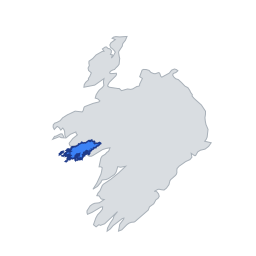 location of Conamara North Lea-4, Galway, Ireland, rotated 332°
{"feature_id": "5873133B12097804140145", "entity_name": "Conamara North Lea-4", "entity_type": "district", "adm_level": 2, "iso_a3": "IRL", "parent_name": "Ireland", "parent_adm1": "Galway", "projection": "natural_earth1", "projection_center": [-9.915, 53.454], "detail": "fine", "context": "in_parent", "style": "filled", "palette": "blue", "viewbox_px": 256, "rotation_deg": 332, "n_neighbors": 0, "source": "geoboundaries", "source_scale": "gbopen_adm2", "svg_char_len": 8596}
<svg xmlns="http://www.w3.org/2000/svg" viewBox="0 0 256 256"><g transform="rotate(332 128 128)"><path d="M161.3,53.1L155.9,56.0L155.1,57.0L153.6,61.4L153.4,62.6L150.1,67.5L148.1,68.5L145.3,69.3L143.6,70.0L141.6,69.6L139.0,69.7L137.7,70.6L137.7,71.2L138.5,72.0L143.4,74.2L143.1,75.2L141.8,76.2L133.1,78.8L130.6,80.4L129.7,81.4L130.6,83.2L137.6,88.4L138.8,89.0L139.8,92.0L145.9,93.3L148.5,95.2L150.6,95.7L155.3,95.5L157.2,96.2L158.3,95.7L158.9,94.7L164.0,91.0L162.4,88.2L167.6,83.5L169.1,83.5L171.6,85.0L173.6,87.0L174.3,89.7L176.3,92.1L177.6,92.9L180.9,93.4L181.7,94.3L181.2,97.9L181.7,99.0L190.3,98.9L193.7,97.4L196.7,97.7L198.2,99.2L198.9,100.9L196.3,101.5L193.6,101.1L192.3,102.2L192.3,104.2L193.2,106.9L195.1,108.8L196.6,113.0L197.9,117.7L199.8,120.5L200.2,124.0L200.0,125.7L200.4,128.8L199.6,129.9L200.2,132.8L203.6,142.2L204.3,149.6L202.8,152.3L200.8,155.0L199.5,158.1L198.5,161.4L198.0,166.8L193.6,173.2L191.7,174.7L189.5,175.7L194.5,180.1L190.5,182.1L186.2,182.8L181.4,181.6L178.4,181.8L174.7,184.1L173.8,183.7L171.9,180.0L170.7,183.8L167.9,185.0L163.2,184.7L155.3,185.7L152.3,186.8L151.1,188.5L150.2,190.4L148.9,191.6L147.5,192.2L141.5,193.6L140.3,194.2L137.5,197.3L133.8,199.1L130.7,199.7L128.0,197.8L126.8,196.7L125.6,196.2L121.4,196.3L122.7,196.8L123.6,198.1L124.0,200.6L123.5,203.0L121.5,204.2L119.0,204.5L115.1,207.0L110.0,207.7L107.2,210.0L90.2,213.9L89.2,213.9L86.9,212.9L84.3,212.5L81.8,212.8L74.7,215.0L71.2,214.6L75.6,209.1L81.5,206.4L82.1,205.6L80.2,205.3L69.0,207.2L65.0,208.8L61.1,209.3L62.9,206.8L68.0,203.4L72.3,201.2L74.2,199.2L79.5,196.9L62.4,201.6L57.9,201.0L56.9,199.7L53.4,200.3L52.1,197.2L57.3,192.4L60.3,190.4L63.9,189.2L67.3,187.7L68.6,185.7L67.0,185.1L56.6,185.6L51.7,185.2L52.0,183.6L52.9,181.9L58.0,179.0L60.8,178.6L63.2,178.8L67.6,180.6L73.4,180.0L71.0,178.1L70.6,174.4L68.7,173.1L71.1,171.3L73.8,170.3L78.3,166.7L79.9,166.1L88.8,165.2L98.5,163.3L108.0,160.7L103.1,159.2L100.8,157.3L97.0,161.2L94.3,162.7L86.6,163.5L84.2,163.1L80.8,161.8L79.7,162.3L78.7,163.2L73.7,165.2L68.3,165.6L74.5,162.1L82.4,156.1L84.1,154.2L86.6,151.0L85.8,149.5L84.2,148.7L89.9,141.9L91.9,140.7L95.5,140.5L98.2,139.5L99.4,139.5L100.4,139.1L102.8,137.0L99.1,135.8L95.4,135.1L83.9,135.8L82.4,135.7L80.9,135.0L80.0,134.1L79.3,131.9L78.5,131.3L75.9,131.3L73.3,132.0L71.5,132.0L69.8,131.0L72.6,128.6L68.9,128.1L65.3,128.5L62.2,127.8L62.2,126.4L63.5,124.9L61.7,123.5L61.4,121.8L63.3,120.9L65.4,121.2L69.7,119.9L75.2,119.3L70.4,118.0L68.6,116.9L68.5,115.2L68.9,113.8L74.3,111.4L80.1,110.3L79.7,108.7L80.1,107.0L74.2,106.5L68.4,107.7L69.0,104.4L70.4,101.4L70.7,99.5L70.4,97.4L67.7,98.3L67.4,95.3L66.2,93.3L62.2,94.7L62.3,92.0L63.5,90.1L65.6,89.3L67.7,89.7L71.5,89.7L75.2,88.3L80.6,87.9L89.2,88.3L95.1,92.3L96.6,91.6L98.9,89.1L100.0,88.8L108.9,89.9L114.4,91.3L115.9,90.9L115.0,88.1L113.1,86.2L115.5,83.7L118.4,82.0L120.3,81.1L124.7,80.1L126.7,79.1L127.9,75.8L130.0,73.1L118.8,74.5L108.2,71.3L109.8,69.1L112.1,67.8L115.9,66.8L116.3,65.6L118.2,64.7L121.5,62.1L120.2,58.7L120.9,56.3L123.2,54.7L123.9,52.4L124.9,50.7L129.6,50.1L134.1,48.5L141.1,48.3L142.9,49.0L142.5,46.2L145.8,45.8L147.1,46.4L147.7,48.4L149.2,49.6L149.7,51.8L148.7,53.5L147.0,54.8L148.6,56.1L146.2,58.5L148.8,57.5L152.4,55.1L152.2,53.2L151.5,50.8L150.5,48.6L150.9,46.2L153.0,44.7L158.3,44.0L156.1,41.3L158.1,41.0L160.2,41.6L163.4,43.7L170.1,46.7L166.9,49.3L162.9,51.1L161.3,53.1ZM67.2,105.5L67.1,106.8L64.5,105.2L63.3,103.4L56.2,102.6L59.2,100.9L60.6,101.4L65.6,101.5L67.0,102.2L67.2,105.5Z" fill="#d9dde1" stroke="#a8b0b8" stroke-width="1"/><path d="M92.0,124.8L92.1,124.0L90.5,123.3L90.2,122.1L90.3,121.8L89.6,121.9L89.7,121.5L89.4,121.5L89.1,122.0L88.5,122.2L88.0,121.9L88.2,121.1L87.7,120.7L83.5,121.2L82.4,120.4L81.3,120.3L80.6,118.9L79.9,119.5L79.0,119.2L77.7,119.5L76.9,118.9L76.1,119.7L72.9,119.8L69.9,118.3L69.6,118.4L70.7,118.9L70.7,119.1L69.0,118.8L68.8,119.1L69.2,119.2L67.8,119.6L65.5,119.0L63.8,119.0L63.9,119.7L64.6,120.4L66.8,120.7L65.5,121.4L66.2,121.3L67.1,121.6L66.1,121.4L65.7,121.7L66.1,121.9L65.3,122.0L64.7,121.3L65.0,121.0L61.6,120.5L60.9,120.6L62.1,121.5L60.1,121.0L59.9,121.3L60.1,121.6L59.4,121.2L58.4,122.0L60.4,122.1L60.7,122.9L63.9,123.5L63.3,123.8L61.5,123.1L60.7,123.0L61.8,123.4L60.6,123.3L61.7,124.1L63.7,124.7L64.6,124.5L63.8,124.9L64.7,125.0L64.8,125.5L62.5,124.4L61.9,124.8L62.6,125.2L62.2,125.4L64.2,125.7L63.5,125.8L63.2,126.5L62.8,126.7L62.5,126.3L62.3,126.3L62.6,126.7L62.4,126.8L62.0,126.2L60.7,125.9L60.6,126.5L60.1,126.5L59.0,128.0L60.1,127.5L61.3,128.4L61.5,127.8L62.4,127.7L62.5,128.1L63.1,127.4L64.2,128.0L64.4,129.1L66.6,129.2L66.7,129.4L66.2,129.6L66.9,129.9L67.1,129.7L66.8,129.6L67.0,129.3L68.3,129.0L68.2,128.1L68.8,127.4L69.3,127.2L69.0,127.5L69.4,127.7L70.5,127.1L70.3,127.1L69.9,126.8L71.1,127.1L71.5,127.3L70.7,127.2L70.4,127.4L70.7,127.5L70.2,127.5L70.3,127.8L69.4,127.9L69.5,128.7L70.1,129.0L70.2,128.4L70.5,128.2L70.5,128.7L70.8,128.6L70.8,128.1L72.0,127.6L72.5,127.7L71.6,128.1L72.9,128.1L72.3,128.7L73.1,128.9L72.1,129.0L71.7,129.7L71.2,129.3L69.3,129.8L69.2,130.2L69.4,130.2L69.1,130.5L69.7,130.3L69.8,130.5L68.7,131.8L69.9,132.3L70.1,131.5L70.5,132.0L71.1,131.8L71.6,132.5L71.8,132.4L71.6,131.9L71.8,131.9L71.9,132.5L73.1,132.8L73.0,133.1L73.3,133.2L73.3,132.8L74.8,132.5L74.7,131.8L75.6,131.4L75.4,131.0L76.0,130.4L75.5,130.4L75.4,130.2L77.0,129.8L77.4,128.8L78.2,128.9L77.7,129.7L78.3,129.3L78.6,129.5L78.1,129.6L78.4,130.1L77.8,130.5L78.6,130.8L77.1,131.1L78.5,131.5L79.6,131.2L78.8,130.8L79.3,130.6L79.4,129.9L78.9,129.3L80.2,129.4L80.1,129.2L79.8,129.0L80.7,128.4L81.3,128.3L80.7,128.4L81.1,128.8L80.4,128.7L80.2,129.2L80.5,129.0L81.1,129.3L81.3,129.5L80.3,129.4L79.5,129.6L79.4,130.0L79.9,130.5L80.1,130.2L80.1,130.8L80.4,130.6L81.2,130.9L80.6,131.6L81.1,131.9L80.8,132.9L81.0,133.1L82.4,132.3L83.2,130.9L83.8,130.8L83.9,130.1L84.8,130.8L85.7,130.2L85.8,129.6L86.6,130.3L87.1,130.3L88.0,130.1L88.0,129.5L88.7,129.3L89.1,129.7L90.3,129.9L90.4,130.2L91.8,129.3L93.1,129.7L93.4,129.3L94.5,129.5L95.0,129.0L96.6,129.0L96.7,128.3L96.1,128.0L96.0,127.4L93.8,127.3L92.8,126.5L91.2,126.2L91.0,125.3L92.0,124.8ZM58.2,118.3L57.6,118.0L57.3,118.6L56.8,118.1L56.4,118.4L58.7,119.2L59.3,118.7L58.9,118.5L59.2,118.0L58.4,117.8L58.2,118.3ZM69.4,128.7L68.7,128.3L69.1,128.2L69.0,127.7L68.6,127.7L68.6,128.3L68.9,128.7L68.7,128.8L68.7,129.4L69.3,129.3L68.8,128.8L69.4,128.7ZM54.9,119.4L56.3,119.2L55.4,118.6L54.9,119.4ZM70.7,132.4L69.8,132.6L69.8,132.8L70.6,132.9L70.6,133.3L71.1,133.4L70.7,132.4ZM60.2,122.8L59.7,122.2L59.1,122.4L59.7,122.9L60.2,122.8ZM77.3,132.1L76.5,131.8L76.4,132.1L76.5,132.2L77.3,132.1ZM72.4,132.9L71.9,133.0L71.6,133.4L72.4,132.9ZM60.6,123.9L59.9,124.0L60.7,124.0L60.6,123.9ZM66.3,131.6L66.4,132.0L66.7,131.6L66.3,131.6ZM60.1,123.6L60.1,123.3L59.8,123.6L60.1,123.6ZM68.1,129.5L67.8,129.9L68.2,129.7L68.1,129.5ZM79.9,130.9L79.5,130.8L79.7,131.2L79.9,130.9ZM69.3,133.0L69.6,132.8L69.1,133.0L69.3,133.0ZM56.8,121.8L56.5,121.7L56.2,122.0L56.8,121.8ZM77.5,130.4L77.1,130.6L77.6,130.5L77.5,130.4ZM58.0,122.8L57.5,122.9L58.2,122.9L58.0,122.8ZM59.3,118.9L59.5,119.0L59.9,118.9L59.3,118.9ZM77.1,130.6L76.8,130.5L76.6,130.6L77.1,130.6ZM70.9,132.3L71.2,132.6L71.3,132.4L70.9,132.3ZM60.5,118.3L60.9,118.2L60.4,118.3L60.5,118.3ZM65.6,118.6L65.4,118.3L65.2,118.3L65.6,118.6ZM79.6,130.7L79.3,130.5L79.6,130.7ZM68.1,132.7L68.3,132.6L68.0,132.6L68.1,132.7ZM64.0,120.6L63.8,120.4L63.7,120.5L64.0,120.6ZM68.8,130.5L68.6,130.7L68.9,130.6L68.8,130.5ZM72.6,134.2L72.7,133.9L72.5,134.1L72.6,134.2ZM57.4,128.6L57.3,128.4L57.2,128.4L57.4,128.6ZM71.4,128.6L71.6,128.7L71.4,128.6ZM65.8,121.1L65.5,121.0L65.8,121.1ZM63.1,119.2L63.3,119.1L63.0,119.0L63.1,119.2ZM56.3,119.7L56.1,119.6L56.2,119.8L56.3,119.7ZM57.5,121.8L57.3,121.7L57.3,121.8L57.5,121.8ZM59.4,126.9L59.2,127.0L59.4,126.9ZM59.8,126.5L60.1,126.4L59.9,126.4L59.8,126.5ZM71.5,133.9L71.6,134.1L71.5,133.9ZM63.8,128.3L63.9,128.5L64.0,128.4L63.8,128.3ZM69.5,118.2L69.7,118.3L69.9,118.2L69.7,118.2L69.5,118.2ZM77.5,130.1L77.4,130.1L77.3,130.3L77.5,130.1ZM76.9,130.3L76.7,130.4L76.9,130.5L76.9,130.3ZM60.6,128.2L60.7,128.4L60.7,128.2L60.6,128.2ZM58.3,128.3L58.2,128.4L58.4,128.3L58.3,128.3ZM59.5,126.8L59.4,126.7L59.5,126.8ZM64.8,118.7L65.0,118.8L64.8,118.7L64.8,118.7ZM72.0,128.8L71.9,128.8L72.0,128.8ZM58.8,128.1L59.0,128.1L58.8,128.1ZM69.0,129.7L69.1,129.9L69.0,129.7ZM56.9,119.2L56.8,119.3L56.9,119.2ZM69.2,130.7L69.3,130.8L69.3,130.7L69.2,130.7ZM66.7,130.9L66.8,130.8L66.7,130.8L66.7,130.9ZM70.6,132.2L70.7,132.3L70.8,132.2L70.6,132.2ZM71.7,128.8L71.8,128.7L71.6,128.8L71.7,128.8ZM58.1,128.5L58.0,128.4L58.0,128.5L58.1,128.5ZM59.9,126.4L59.7,126.5L59.9,126.4Z" fill="#3b82f6" stroke="#1e3a8a" stroke-width="1.5"/></g></svg>